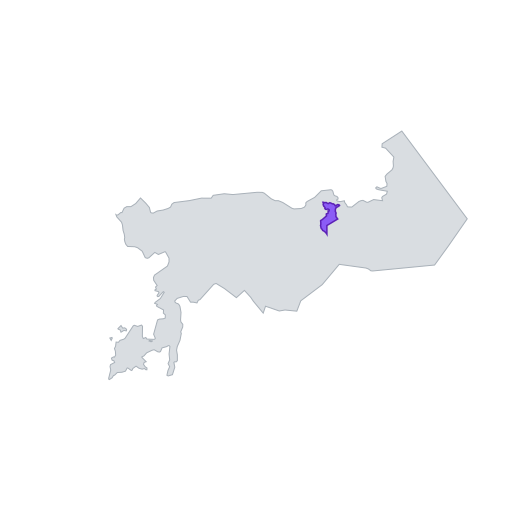 Beruniy, Karakalpakstan, Uzbekistan (highlighted), rotated 140°
{"feature_id": "79887680B9862753118700", "entity_name": "Beruniy", "entity_type": "district", "adm_level": 2, "iso_a3": "UZB", "parent_name": "Uzbekistan", "parent_adm1": "Karakalpakstan", "projection": "orthographic", "projection_center": [60.771, 42.004], "detail": "fine", "context": "in_parent", "style": "filled", "palette": "violet", "viewbox_px": 512, "rotation_deg": 140, "n_neighbors": 0, "source": "geoboundaries", "source_scale": "gbopen_adm2", "svg_char_len": 4954}
<svg xmlns="http://www.w3.org/2000/svg" viewBox="0 0 512 512"><g transform="rotate(140 256 256)"><path d="M389.7,223.0L396.3,218.8L400.4,220.6L400.9,221.9L397.0,224.9L393.3,226.7L392.5,230.1L388.9,231.9L385.6,236.8L380.1,242.0L380.1,243.0L380.7,243.7L382.7,244.0L387.0,246.0L390.6,244.2L391.6,244.4L392.8,245.7L394.3,249.7L396.2,250.6L402.0,252.1L406.1,251.5L408.3,252.1L408.6,251.7L408.1,245.6L410.0,246.4L411.8,245.4L412.1,242.3L411.5,240.3L412.7,239.0L413.5,239.7L413.8,241.5L416.0,242.5L417.8,245.3L418.7,248.7L422.7,249.0L424.0,248.2L425.1,248.4L426.2,252.7L426.8,253.0L430.0,251.7L433.4,253.1L437.2,255.9L441.0,255.6L441.9,256.1L444.5,255.2L447.8,255.6L448.0,256.1L447.5,257.0L440.6,262.0L438.9,265.1L437.3,266.3L432.7,265.3L432.2,267.1L433.2,268.7L432.4,270.7L430.0,270.3L429.4,269.5L427.2,270.3L424.9,273.5L423.9,276.1L421.6,277.1L418.5,280.0L416.8,278.3L414.4,278.8L410.9,277.3L409.3,277.1L395.0,281.4L393.8,281.2L391.9,278.1L388.1,276.7L388.1,275.1L394.8,267.4L395.4,265.2L392.8,264.4L393.0,262.5L387.6,257.6L386.7,257.4L386.0,257.7L384.7,261.9L372.5,270.3L370.6,269.8L367.4,267.5L365.4,266.8L363.3,269.2L363.7,271.8L361.5,274.1L364.3,281.0L364.2,281.9L362.6,282.3L364.1,284.9L363.0,285.3L356.7,284.9L349.6,287.2L349.9,288.3L356.4,287.5L357.3,287.9L357.5,288.7L357.2,289.3L353.9,290.3L353.6,291.4L355.7,294.4L354.9,295.1L353.6,294.7L352.9,296.8L350.7,296.9L350.0,303.1L348.4,305.4L346.0,306.6L330.3,305.2L326.4,307.4L324.0,310.3L322.7,317.1L322.9,317.8L329.8,319.9L331.2,323.8L339.2,323.5L340.6,324.0L341.4,325.0L341.9,326.0L340.1,332.8L341.4,338.5L343.0,341.1L348.2,345.8L348.2,348.6L347.3,351.2L346.1,353.4L344.7,354.5L342.9,357.4L341.4,361.0L338.3,365.7L337.3,368.3L337.5,375.5L336.7,377.7L336.5,376.9L335.2,376.2L331.6,376.2L330.8,375.4L326.3,377.4L323.3,376.9L320.1,374.2L314.4,373.5L307.2,374.7L306.5,367.3L306.5,361.7L308.7,357.2L308.5,356.4L307.2,354.9L302.8,354.0L297.6,350.9L292.7,348.9L290.0,348.4L287.1,349.8L284.4,349.6L271.5,341.3L260.6,335.4L253.1,329.1L249.8,330.0L240.3,324.1L234.2,317.9L214.2,304.1L210.3,300.7L209.3,298.9L207.6,290.1L205.8,286.1L203.3,284.0L201.1,279.8L197.8,269.5L196.6,267.6L190.8,263.3L187.5,262.3L185.0,263.0L183.7,264.7L181.8,264.9L173.4,263.2L164.1,264.0L156.0,258.6L155.5,257.8L155.5,256.3L157.1,252.8L156.8,251.3L155.7,249.6L155.7,247.9L156.5,246.9L158.0,247.2L158.5,246.6L158.3,245.7L156.5,243.5L152.8,241.5L153.6,240.1L153.8,236.8L154.3,235.0L153.9,234.4L151.1,231.9L142.1,231.6L140.0,230.9L138.3,229.9L136.7,226.1L135.8,225.2L129.6,223.6L123.5,217.0L122.2,219.8L120.9,220.3L116.2,219.5L113.8,221.2L119.4,227.9L120.7,230.0L120.6,231.2L118.9,231.3L117.4,228.1L116.5,227.2L111.0,225.3L109.1,227.2L108.5,229.7L105.9,234.0L103.1,234.6L96.4,234.6L94.3,235.5L92.9,236.6L90.2,240.3L86.8,243.2L87.4,255.3L89.6,258.4L87.2,260.9L64.0,258.0L70.3,148.7L102.2,140.0L125.0,134.3L176.2,169.5L177.5,170.8L178.2,173.8L179.5,176.1L197.6,196.1L223.7,191.5L250.5,192.9L260.2,187.5L268.5,196.0L273.5,198.9L281.0,211.4L287.2,207.6L287.1,223.1L286.6,227.9L287.0,237.1L297.8,236.7L301.1,251.4L304.2,260.6L306.6,261.5L327.0,258.6L328.6,259.2L331.4,258.0L333.6,260.8L335.8,262.7L334.9,269.3L337.6,271.7L343.6,274.2L347.1,273.8L347.7,272.6L347.4,271.1L346.4,269.6L346.3,267.7L346.7,266.2L349.7,261.0L354.8,255.6L355.9,253.8L356.0,250.7L357.8,248.7L362.4,246.3L363.0,244.7L368.4,240.3L374.6,237.2L377.4,234.9L379.8,230.8L383.5,226.4L385.1,226.2L386.4,227.3L387.3,227.3L389.7,223.0ZM392.6,259.7L391.6,257.8L390.5,257.3L390.0,257.6L391.9,259.8L392.6,259.7ZM408.5,289.1L404.1,289.5L404.5,286.5L402.8,285.4L402.3,284.0L402.5,282.6L403.5,282.0L405.0,283.9L408.4,284.4L407.6,286.6L408.6,288.6L408.5,289.1ZM421.2,284.4L420.7,287.1L418.7,286.2L418.9,285.5L421.2,284.4Z" fill="#d9dde1" stroke="#a8b0b8" stroke-width="1"/><path d="M159.4,241.1L159.5,241.7L159.7,241.8L159.7,242.1L160.1,242.7L160.7,243.1L162.6,243.1L163.0,243.4L163.1,243.8L162.8,244.0L162.8,244.7L163.0,245.6L163.3,246.0L163.3,246.4L164.0,246.9L164.2,247.4L164.4,248.0L165.2,249.4L166.1,249.6L166.8,249.6L167.3,250.1L167.9,252.0L168.4,252.3L169.0,252.6L169.4,252.8L169.5,253.5L170.2,254.1L170.6,253.0L171.1,252.5L171.7,252.1L171.7,251.3L172.1,250.7L172.0,249.6L172.0,248.8L172.4,248.1L172.8,248.0L172.7,247.0L172.4,246.7L172.2,246.5L171.8,246.2L171.1,246.1L170.6,245.7L170.5,245.1L170.2,244.6L170.4,244.1L170.9,243.8L171.4,243.5L171.7,243.5L171.9,244.0L173.3,242.5L173.8,242.4L174.9,243.1L175.8,242.3L176.1,241.4L181.9,241.3L183.7,241.6L184.3,240.9L184.9,239.9L186.3,238.3L186.9,238.0L187.5,236.8L188.0,236.0L188.4,235.0L188.2,234.0L188.5,232.7L187.9,231.3L187.8,230.6L187.6,230.0L187.6,228.3L187.6,227.7L187.7,227.1L182.1,233.8L169.6,231.8L169.5,232.6L169.5,232.9L169.7,233.6L169.4,234.0L169.5,234.5L169.4,235.0L168.5,235.9L168.0,236.8L167.4,237.0L167.2,237.7L166.8,237.9L166.6,239.2L165.8,240.0L165.1,240.9L164.4,241.0L164.2,241.4L163.5,241.6L162.7,241.4L161.7,241.1L160.6,241.2L159.8,240.9L159.4,241.1Z" fill="#8b5cf6" stroke="#5b21b6" stroke-width="1.5"/></g></svg>